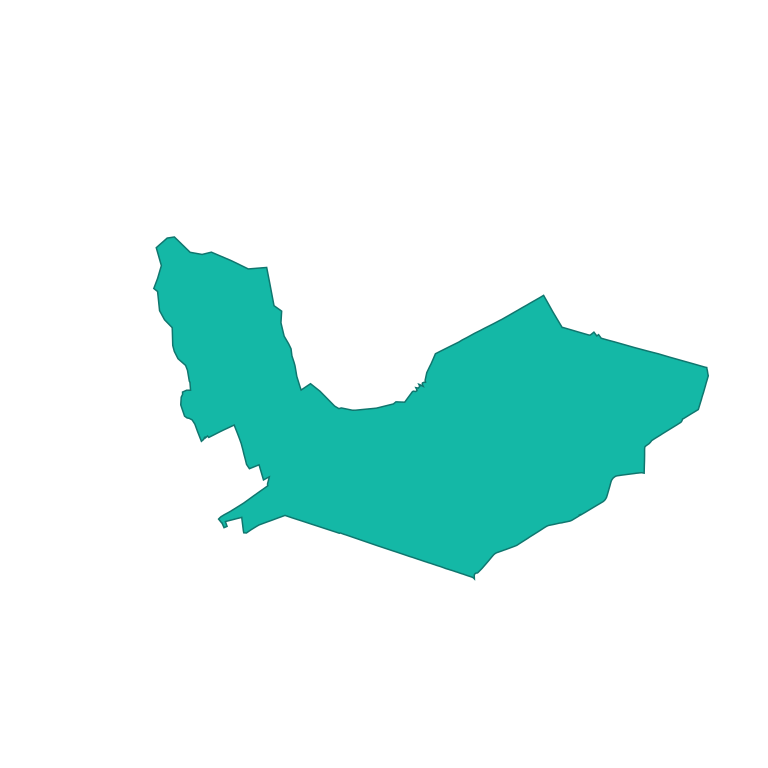 Gustavo A. Madero, Distrito Federal, Mexico (Albers equal-area conic projection), rotated 308°
{"feature_id": "50627088B27895392643448", "entity_name": "Gustavo A. Madero", "entity_type": "district", "adm_level": 2, "iso_a3": "MEX", "parent_name": "Mexico", "parent_adm1": "Distrito Federal", "projection": "albers", "projection_center": [-99.115, 19.519], "detail": "fine", "context": "isolated", "style": "filled", "palette": "teal", "viewbox_px": 768, "rotation_deg": 308, "n_neighbors": 0, "source": "geoboundaries", "source_scale": "gbopen_adm2", "svg_char_len": 5415}
<svg xmlns="http://www.w3.org/2000/svg" viewBox="0 0 768 768"><g transform="rotate(308 384 384)"><path d="M286.1,575.2L288.2,573.4L288.6,573.1L289.3,572.7L290.0,572.5L290.7,572.6L291.0,572.6L291.6,572.9L291.7,573.0L292.1,573.4L292.5,573.8L292.8,574.0L293.2,574.1L293.8,574.2L299.1,574.8L301.3,574.9L304.9,575.1L309.5,575.3L313.6,575.4L315.9,575.5L317.2,575.6L317.7,575.7L318.9,576.0L319.6,576.3L320.5,576.7L322.0,577.7L325.3,579.8L327.1,580.9L328.6,581.9L331.7,583.8L336.4,586.7L338.3,587.8L338.9,588.1L342.2,589.2L345.3,590.3L348.1,591.3L351.2,592.4L352.6,592.8L354.0,593.3L355.6,593.9L356.1,594.0L356.4,594.2L356.6,594.3L357.0,594.4L362.8,596.5L367.1,598.0L368.7,598.5L368.9,598.6L371.4,599.5L372.0,599.8L372.6,600.0L372.8,600.2L373.2,600.4L373.6,600.6L373.9,600.8L377.6,604.0L381.4,607.1L382.5,608.0L383.8,609.3L384.2,609.7L385.5,610.7L388.4,613.2L389.5,614.1L390.4,614.9L391.0,615.2L391.3,615.4L391.8,615.7L392.4,616.0L392.7,616.1L399.0,618.5L400.8,619.1L401.0,618.6L401.6,618.9L402.1,619.1L402.0,619.7L403.6,620.3L406.3,621.4L412.1,623.6L419.1,626.3L423.4,628.0L424.2,628.3L424.5,628.4L426.0,629.0L426.3,629.1L427.2,629.3L428.1,629.4L428.9,629.5L429.3,629.5L429.9,629.4L431.5,629.2L431.8,629.1L434.7,628.0L439.4,626.1L442.4,624.9L444.5,624.0L446.7,623.1L447.9,622.7L448.5,622.6L449.2,622.5L450.2,622.5L451.2,622.5L451.9,622.7L452.8,622.9L453.6,623.2L454.4,623.6L454.6,623.8L455.5,624.5L456.0,625.0L457.2,626.2L457.9,626.8L465.2,634.0L468.2,637.0L468.9,637.6L470.3,639.1L471.3,640.1L472.7,641.6L473.4,642.9L473.9,643.9L480.1,639.3L483.8,636.6L485.0,635.7L488.7,632.9L492.8,629.7L494.1,628.8L495.0,628.3L496.0,628.4L496.9,628.6L500.2,629.6L501.1,629.7L502.3,629.8L504.3,629.8L508.1,631.1L513.2,633.0L513.7,633.2L516.4,634.1L532.0,639.9L536.2,641.4L536.5,641.5L537.0,641.5L537.5,641.6L537.9,641.5L538.9,641.3L540.3,640.8L540.8,641.2L549.5,644.4L557.4,647.4L564.4,644.7L567.1,643.7L569.4,642.7L571.8,641.8L574.0,641.0L578.4,639.2L580.2,638.5L583.0,637.3L585.6,636.3L587.6,635.5L590.1,634.5L591.1,633.3L591.8,632.5L592.1,632.2L593.6,630.6L594.8,629.1L595.7,628.2L594.9,626.6L592.8,621.4L590.1,614.7L586.6,606.2L584.8,601.8L580.9,592.3L576.7,581.6L574.5,576.6L572.1,571.1L566.9,558.9L562.2,547.3L558.9,539.2L556.7,534.1L553.8,527.0L555.0,522.7L552.9,522.1L554.1,517.5L549.8,516.5L549.3,516.1L548.8,515.5L544.3,504.3L542.5,499.7L538.7,490.2L538.2,489.7L541.7,480.6L545.1,471.9L547.9,465.3L552.1,455.2L547.5,453.4L541.7,451.0L536.8,449.0L534.2,448.0L529.2,445.9L522.0,443.0L511.2,438.6L507.3,437.0L505.0,435.9L499.2,433.3L494.5,431.1L490.1,429.0L485.4,426.9L479.8,424.2L471.6,420.7L466.6,418.4L463.5,417.3L461.4,416.3L453.7,412.6L445.5,408.7L439.5,405.9L433.5,407.5L428.8,408.7L426.1,409.2L419.3,410.7L412.3,414.1L410.9,415.7L410.6,415.3L410.2,414.7L409.9,414.4L409.2,414.1L408.7,413.7L408.2,413.7L407.5,414.3L407.2,414.6L407.0,415.0L406.3,416.4L406.0,415.2L405.8,414.2L405.6,412.8L405.2,411.6L404.9,412.2L404.5,413.6L401.8,413.5L401.7,413.2L401.4,412.6L400.7,411.3L400.1,412.6L399.8,413.2L399.1,414.1L397.6,413.6L396.4,411.5L395.3,411.1L382.4,411.5L377.3,404.4L374.1,403.7L360.3,392.9L350.6,382.7L346.0,377.9L343.9,375.3L341.1,369.6L339.0,365.4L338.9,365.2L338.5,364.8L337.7,364.3L336.8,363.5L336.2,358.7L338.9,338.0L339.0,325.9L328.2,322.4L330.4,319.1L336.3,310.6L338.7,308.0L343.6,302.6L345.6,299.9L349.5,294.1L354.5,289.1L357.0,284.0L360.2,275.9L362.4,273.1L368.8,265.1L378.4,258.5L378.0,249.1L380.9,245.8L393.1,231.9L403.6,219.8L391.1,206.2L389.2,197.2L387.3,188.3L381.6,166.8L374.1,160.9L368.4,150.1L370.8,128.3L365.5,123.3L356.5,121.6L351.2,120.6L340.2,135.7L335.6,137.5L327.8,140.6L317.5,143.8L317.5,148.6L313.9,152.1L303.6,162.0L299.5,171.5L298.0,182.4L295.3,184.7L284.3,193.8L280.6,198.7L277.1,206.1L276.5,216.2L273.8,220.7L266.4,228.8L265.8,230.1L260.0,235.4L257.6,232.3L253.6,230.2L251.8,231.7L248.8,232.3L242.4,236.7L235.9,246.6L236.0,249.7L237.0,251.6L237.6,254.9L235.9,259.7L231.9,266.1L226.4,275.4L229.2,276.0L230.3,275.8L230.6,275.6L231.1,275.6L231.9,275.6L232.1,275.7L232.1,275.8L231.7,276.1L231.5,276.4L232.0,276.5L234.4,277.0L234.0,278.8L239.5,281.4L245.1,284.0L249.0,285.9L252.9,287.9L259.4,291.2L256.4,296.3L255.0,298.7L251.8,304.0L249.2,308.1L245.2,313.4L242.7,316.5L239.3,321.0L236.0,325.2L234.4,330.1L239.6,333.1L243.4,335.3L239.8,340.3L234.2,348.1L239.0,350.2L240.2,350.8L233.4,353.8L232.3,355.1L223.9,352.6L215.5,350.1L208.5,348.1L203.7,346.7L200.1,345.4L194.6,343.4L187.9,340.9L182.2,338.4L180.7,337.9L179.3,337.3L177.7,337.0L175.7,336.8L174.6,341.5L174.8,341.7L172.3,346.4L175.2,348.0L177.9,343.7L178.2,343.9L181.2,346.2L184.3,348.6L187.2,350.8L190.0,353.0L191.3,354.0L188.0,357.3L181.8,363.5L180.4,365.1L181.9,367.3L187.3,369.0L193.0,371.1L196.0,372.3L203.3,376.8L206.6,378.9L213.6,383.2L219.5,386.9L221.9,393.8L225.2,402.8L228.8,412.8L231.1,419.1L233.3,425.2L237.0,435.4L238.9,440.7L239.7,441.2L240.9,444.9L241.6,446.7L243.8,453.1L248.9,467.9L252.8,479.2L253.0,479.7L256.8,490.4L257.9,493.5L259.0,496.5L261.4,503.3L263.9,510.5L265.0,513.3L266.9,518.8L267.5,520.4L269.1,525.0L269.3,525.6L270.0,527.4L270.4,528.7L271.1,530.4L271.4,531.2L272.1,533.2L272.2,533.6L272.9,535.4L273.4,537.0L274.1,538.8L274.9,540.9L276.1,544.6L276.7,546.6L277.6,548.8L278.2,550.5L279.0,552.5L279.6,554.2L280.2,556.0L280.3,556.2L280.9,557.8L281.5,559.6L281.8,560.5L282.6,562.7L282.8,563.1L284.2,567.3L285.8,571.7L286.2,573.1L286.3,573.9L286.1,575.2Z" fill="#14b8a6" stroke="#0f766e" stroke-width="1.5"/></g></svg>